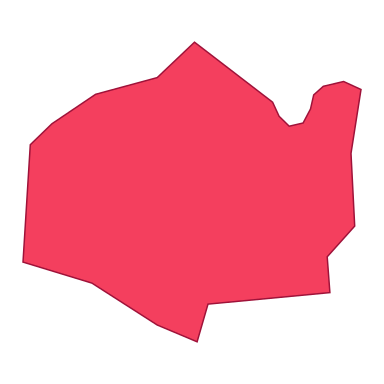 the District of Buhweju
{"feature_id": "UGA-5624", "entity_name": "Buhweju", "entity_type": "District", "adm_level": 1, "iso_a3": "UGA", "parent_name": "Uganda", "parent_adm1": "", "projection": "natural_earth1", "projection_center": [30.364, -0.352], "detail": "fine", "context": "isolated", "style": "filled", "palette": "rose", "viewbox_px": 384, "rotation_deg": 0, "n_neighbors": 0, "source": "natural_earth", "source_scale": "10m", "svg_char_len": 407}
<svg xmlns="http://www.w3.org/2000/svg" viewBox="0 0 384 384"><path d="M194.5,42.2L272.6,102.2L279.1,116.3L289.2,126.2L303.1,123.0L310.5,109.0L313.7,94.9L323.3,86.3L343.6,81.5L361.0,89.5L351.0,153.4L354.7,226.1L327.2,256.8L329.9,292.6L208.0,304.1L197.1,341.8L157.2,325.0L91.9,283.1L23.0,262.1L30.3,144.7L52.0,123.7L95.6,94.3L157.2,77.6L194.5,42.2Z" fill="#f43f5e" stroke="#9f1239" stroke-width="1.5"/></svg>